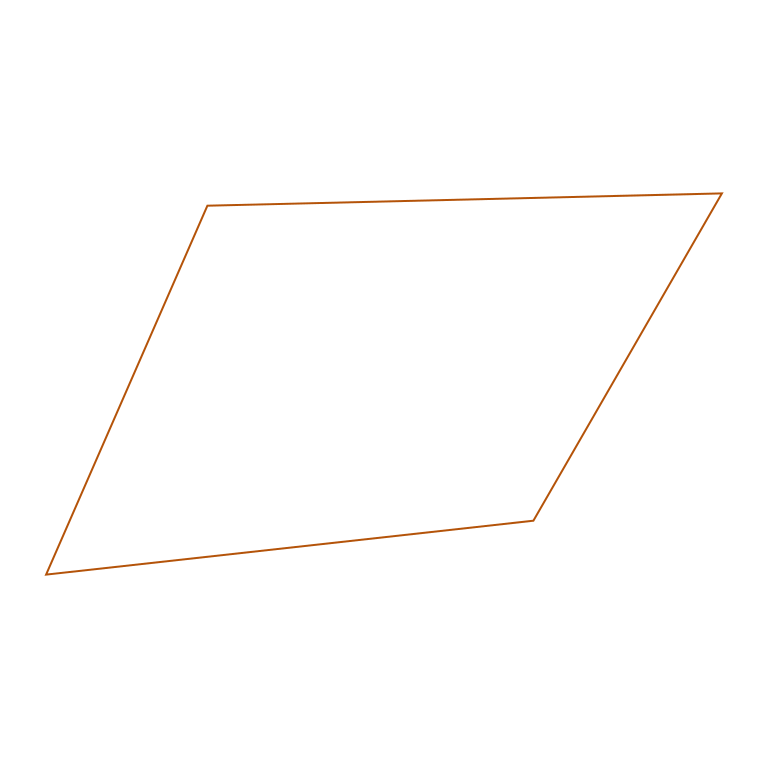 an SVG outline of The Quarter
{"feature_id": "AIA-5125", "entity_name": "The Quarter", "entity_type": "District", "adm_level": 1, "iso_a3": "AIA", "parent_name": "Anguilla", "parent_adm1": "", "projection": "natural_earth1", "projection_center": [-63.039, 18.231], "detail": "fine", "context": "isolated", "style": "outline", "palette": "amber", "viewbox_px": 768, "rotation_deg": 0, "n_neighbors": 0, "source": "natural_earth", "source_scale": "10m", "svg_char_len": 198}
<svg xmlns="http://www.w3.org/2000/svg" viewBox="0 0 768 768"><path d="M533.4,520.7L46.1,574.6L155.6,324.2L207.4,205.7L721.9,193.4L533.4,520.7Z" fill="none" stroke="#b45309" stroke-width="2"/></svg>